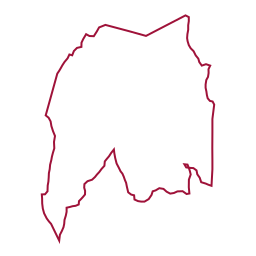 João Neiva, Espírito Santo, Brazil
{"feature_id": "56859067B35561068674393", "entity_name": "João Neiva", "entity_type": "district", "adm_level": 2, "iso_a3": "BRA", "parent_name": "Brazil", "parent_adm1": "Espírito Santo", "projection": "natural_earth1", "projection_center": [-40.439, -19.726], "detail": "fine", "context": "isolated", "style": "outline", "palette": "rose", "viewbox_px": 256, "rotation_deg": 0, "n_neighbors": 0, "source": "geoboundaries", "source_scale": "gbopen_adm2", "svg_char_len": 1989}
<svg xmlns="http://www.w3.org/2000/svg" viewBox="0 0 256 256"><path d="M210.2,65.6L206.0,64.2L201.8,65.6L199.3,62.1L198.3,58.6L195.7,55.4L193.6,51.2L190.7,48.3L188.8,45.1L187.6,41.2L187.1,38.1L187.4,34.2L188.2,29.8L188.2,25.2L188.8,21.2L188.8,17.1L185.5,15.4L146.0,35.9L129.1,31.2L105.4,24.9L101.7,26.4L99.1,27.4L96.8,31.5L93.8,36.2L89.4,36.0L86.1,34.2L83.2,39.1L81.5,42.7L81.4,46.9L77.0,47.9L73.9,51.0L72.2,55.3L69.4,54.5L67.6,58.3L64.5,62.0L62.3,65.4L60.8,68.1L59.2,70.8L57.3,73.6L45.7,115.4L48.6,117.7L50.6,121.4L51.4,126.1L53.0,131.1L55.0,136.0L54.0,141.9L54.3,148.3L52.9,152.9L51.9,156.8L51.3,160.1L50.1,164.8L49.7,169.2L48.9,173.1L48.7,177.5L48.4,181.6L47.7,185.5L47.5,191.3L45.0,194.3L41.8,194.4L42.1,198.1L42.2,203.5L42.8,208.5L44.1,213.3L46.7,218.4L48.9,221.4L51.1,223.9L59.2,240.6L59.9,234.8L61.9,230.9L63.5,227.2L64.2,223.9L64.5,219.9L65.8,215.7L66.6,211.8L66.6,207.7L69.8,207.0L72.6,206.2L75.6,205.8L78.7,204.5L79.0,201.1L81.2,198.9L83.1,196.8L85.0,194.5L85.1,190.9L84.2,187.7L84.4,184.1L87.5,181.2L92.1,179.7L95.0,177.0L96.9,174.6L99.3,172.0L101.5,169.0L104.4,165.8L104.8,161.4L106.8,158.9L109.0,156.3L111.2,152.9L113.9,149.5L114.3,153.1L115.2,158.0L116.6,163.5L118.9,167.9L120.6,171.4L122.4,173.6L123.8,176.8L124.9,180.0L126.1,182.8L126.9,186.8L128.2,192.3L131.2,194.6L134.1,195.3L134.5,199.5L138.0,201.1L141.2,201.6L144.5,201.6L148.7,199.1L151.5,195.0L152.7,191.3L155.6,190.4L159.3,188.2L163.5,188.9L166.6,191.7L170.2,193.6L173.9,193.0L177.4,191.4L182.6,191.2L186.6,194.0L189.4,193.5L188.8,187.2L188.9,179.6L190.7,174.5L189.9,171.2L188.8,167.8L193.4,168.1L196.5,170.4L197.3,174.3L199.7,177.7L201.2,182.2L205.8,183.6L208.3,184.7L211.5,185.8L212.4,169.3L212.4,160.9L212.3,147.9L212.4,132.2L212.4,124.3L212.4,119.0L214.2,104.6L212.6,101.5L209.9,100.9L207.7,98.3L206.9,95.1L206.4,91.5L205.6,87.8L205.6,84.5L206.3,80.0L208.0,76.9L208.6,73.0L208.5,69.2L210.2,65.6ZM188.8,167.8L186.2,167.4L184.4,164.3L187.5,164.6L188.8,167.8Z" fill="none" stroke="#9f1239" stroke-width="2"/></svg>